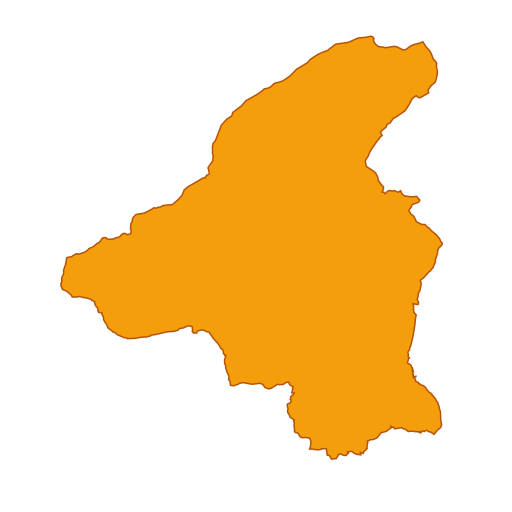 outline of Viseu De Jos, Maramures, Romania, rotated 355°
{"feature_id": "2599482B83061776442061", "entity_name": "Viseu De Jos", "entity_type": "district", "adm_level": 2, "iso_a3": "ROU", "parent_name": "Romania", "parent_adm1": "Maramures", "projection": "natural_earth1", "projection_center": [24.351, 47.741], "detail": "fine", "context": "isolated", "style": "filled", "palette": "amber", "viewbox_px": 512, "rotation_deg": 355, "n_neighbors": 0, "source": "geoboundaries", "source_scale": "gbopen_adm2", "svg_char_len": 6075}
<svg xmlns="http://www.w3.org/2000/svg" viewBox="0 0 512 512"><g transform="rotate(355 256 256)"><path d="M417.9,449.1L421.5,445.4L424.9,443.0L426.2,440.5L425.7,435.4L426.2,427.3L425.5,424.7L425.1,421.1L424.3,419.3L424.5,418.1L423.1,416.2L422.2,413.5L421.5,412.9L420.2,410.7L419.5,410.4L419.3,409.2L418.4,408.5L418.1,407.7L416.6,406.9L413.7,402.7L413.5,401.7L411.6,400.0L408.5,398.3L408.2,397.7L407.1,397.5L406.9,396.6L406.4,395.9L404.3,394.9L404.1,393.1L403.2,391.2L402.4,390.7L404.6,390.2L404.8,389.8L402.9,389.8L402.2,389.3L402.3,388.0L401.9,387.7L402.3,387.6L401.9,386.8L402.2,385.6L401.7,383.8L402.6,384.5L402.0,380.9L401.3,380.2L401.2,379.1L400.4,377.8L397.5,375.7L399.2,371.2L399.9,371.0L398.8,369.4L399.3,367.3L398.9,365.5L399.1,364.6L400.9,362.7L400.9,361.5L402.4,358.6L405.2,350.3L408.2,338.7L409.6,331.3L410.4,329.0L410.2,328.1L409.4,327.5L408.4,325.6L408.3,321.3L408.8,319.8L408.1,317.2L413.1,318.5L414.0,316.6L412.7,313.3L414.0,310.3L414.3,307.8L416.3,304.7L417.8,299.6L418.2,297.0L417.8,296.2L417.9,295.2L417.4,294.5L421.1,292.3L427.0,286.8L428.4,286.0L431.5,282.7L434.0,277.8L434.6,274.9L437.0,269.4L437.5,266.4L438.2,264.9L438.8,264.0L442.0,261.4L442.7,259.9L442.4,258.8L441.5,258.0L440.4,254.9L437.9,251.0L432.6,245.8L430.7,243.1L428.3,241.3L427.3,239.4L423.6,238.9L419.2,236.0L418.5,235.3L418.2,233.8L416.6,230.1L413.4,227.1L413.1,225.6L412.2,224.2L412.3,223.8L415.0,220.6L416.0,218.4L422.5,216.6L423.9,215.2L423.8,214.0L422.6,212.9L421.4,210.8L420.8,210.6L415.5,210.6L409.2,209.0L408.0,208.1L406.7,206.5L405.8,203.6L403.0,204.9L399.4,202.8L397.5,203.2L394.2,202.3L391.7,203.7L390.8,204.9L390.2,205.0L389.6,204.9L389.1,203.8L387.3,203.3L388.8,200.3L389.0,198.1L387.9,197.1L385.0,192.5L384.4,190.6L384.1,187.8L382.4,183.7L377.8,179.5L374.2,176.9L373.6,175.6L373.1,171.2L373.7,169.8L376.3,166.5L378.7,162.0L380.7,159.2L387.0,151.7L389.2,149.7L389.7,148.5L392.2,147.0L390.7,143.6L392.0,142.3L397.1,138.7L397.6,136.9L398.8,136.0L401.2,135.1L404.7,131.0L407.5,129.8L416.6,124.6L418.1,123.2L421.5,118.8L425.3,112.9L429.5,110.2L431.1,112.0L433.2,112.7L442.3,108.5L441.9,106.1L442.2,105.2L445.0,101.9L449.9,98.2L452.4,91.0L452.8,87.9L452.2,83.1L452.8,80.1L452.1,78.3L449.7,75.0L448.3,70.0L447.0,66.8L443.6,62.5L440.9,57.1L437.7,58.2L431.2,59.2L428.5,60.2L423.9,63.0L422.0,63.7L420.3,63.4L414.7,60.0L412.2,59.2L402.9,59.8L401.2,59.1L396.6,58.2L393.6,55.6L391.8,52.2L392.1,51.2L391.8,50.8L392.5,49.8L391.7,48.1L389.9,47.1L384.0,47.7L376.8,47.7L366.8,51.2L353.8,51.9L345.2,57.4L336.4,60.0L327.7,64.5L324.1,67.9L312.8,73.4L305.5,79.7L298.3,83.7L295.4,84.6L289.3,85.6L285.2,88.9L282.5,89.8L278.6,90.3L276.7,91.9L271.6,94.9L259.4,100.5L254.5,105.2L245.5,110.9L244.0,114.4L238.7,117.2L232.8,122.8L225.8,137.2L223.0,140.3L222.2,142.9L221.6,150.6L222.2,152.8L221.8,153.6L221.1,157.5L216.1,163.5L216.0,165.1L216.8,169.5L216.4,170.3L213.8,171.4L211.8,173.6L209.5,173.9L194.3,181.1L190.2,183.9L188.1,188.2L187.0,189.7L183.7,192.8L177.1,197.5L168.0,197.6L165.0,198.8L162.1,199.0L161.3,199.5L159.8,199.6L158.9,199.0L158.3,199.1L155.4,200.7L148.5,203.5L140.1,204.2L137.0,206.8L135.8,209.4L135.5,211.4L134.2,212.7L133.3,218.2L133.9,220.0L133.0,222.9L129.8,223.6L127.9,222.3L125.8,221.9L123.3,223.5L121.7,225.1L117.5,225.7L115.8,226.6L111.1,226.6L109.7,226.3L108.2,224.8L107.2,224.4L104.7,224.6L101.0,228.9L99.2,229.4L94.3,232.8L90.2,234.0L88.6,235.7L85.9,237.2L79.9,238.7L77.1,238.1L73.8,239.6L72.2,240.7L68.8,240.8L67.1,241.4L67.2,241.7L65.6,247.8L63.1,253.2L63.0,255.7L62.4,257.8L61.3,259.2L60.4,261.4L60.3,264.8L59.2,266.6L59.2,269.1L60.2,272.1L61.0,272.9L63.7,274.1L65.2,275.4L68.3,278.6L69.4,280.8L75.2,281.3L75.6,280.9L77.1,280.9L80.2,282.3L83.1,282.8L87.4,284.6L88.5,285.3L88.7,286.1L89.4,286.1L91.3,287.5L91.1,288.5L91.5,290.7L92.3,291.9L92.4,292.5L93.5,293.6L93.7,294.2L93.9,297.9L94.6,298.5L97.5,299.3L97.4,300.3L98.6,303.6L98.7,306.3L100.1,309.5L101.2,311.0L102.3,314.8L105.8,317.8L106.6,319.1L108.4,319.7L111.1,322.4L118.1,326.1L120.0,326.3L120.7,327.1L127.9,327.5L134.8,326.9L139.8,327.1L144.0,326.4L145.2,325.6L148.1,325.6L160.6,323.8L167.3,323.9L171.6,323.3L173.4,321.6L177.1,321.4L182.1,319.7L185.2,320.3L186.2,320.9L186.4,324.1L185.9,325.4L186.8,326.2L186.6,326.9L186.8,327.2L190.3,327.5L190.7,326.1L191.3,325.6L195.8,324.9L198.1,325.7L200.1,327.2L201.7,327.3L202.6,327.9L206.1,334.1L211.1,340.8L213.0,345.2L214.4,346.2L215.1,347.3L215.0,349.5L215.2,350.7L216.2,351.3L216.2,352.2L217.2,352.5L215.6,356.9L215.4,360.2L216.2,362.7L216.0,364.9L216.6,366.6L216.9,368.9L218.5,373.2L218.5,374.4L217.9,376.3L218.4,377.5L219.2,378.5L219.3,382.6L222.3,383.3L226.9,382.3L228.3,381.5L231.9,381.0L240.9,383.4L248.4,383.2L251.3,384.2L253.6,387.9L257.2,389.5L259.5,389.1L266.5,385.6L267.7,386.2L271.9,386.3L275.2,384.5L277.6,384.5L278.1,386.7L279.0,387.8L281.5,389.4L280.9,390.7L280.8,392.4L279.7,395.4L282.0,395.9L280.9,397.4L278.5,399.0L277.7,401.7L278.4,402.3L277.7,404.9L277.1,405.5L274.9,405.9L274.2,406.6L274.1,408.7L274.6,410.6L273.9,413.4L274.1,414.9L275.3,417.2L276.0,419.7L279.9,422.6L279.0,424.0L279.6,425.4L279.1,428.4L279.3,430.2L279.0,434.4L280.5,435.5L282.2,435.9L284.0,439.5L285.0,440.4L286.1,441.0L290.5,441.2L293.7,442.4L294.6,445.9L293.5,451.0L292.6,453.1L295.8,453.2L297.8,454.1L299.4,454.1L301.0,454.6L304.5,454.1L304.7,453.6L309.4,454.2L309.5,460.2L309.8,460.8L311.8,461.1L313.4,464.9L318.3,464.8L320.9,461.2L321.7,460.7L323.3,460.7L324.6,461.6L327.0,462.5L328.3,462.5L329.3,461.9L329.8,460.8L330.8,460.6L330.3,459.0L334.7,459.1L336.7,461.2L339.4,462.4L343.1,463.2L342.8,460.7L345.5,462.1L346.6,460.1L349.2,458.3L349.2,457.6L350.0,457.2L349.8,456.8L350.2,454.2L351.1,451.6L350.8,450.1L352.6,449.8L353.5,449.0L356.6,449.1L360.1,448.0L361.5,447.0L365.1,443.0L370.6,442.0L375.6,439.0L375.4,437.4L376.9,438.5L378.0,438.4L379.1,440.3L386.2,439.7L387.8,441.1L389.5,441.4L391.5,443.4L393.0,444.2L395.7,444.0L400.0,445.0L402.8,445.2L403.8,445.5L403.4,446.0L404.5,446.5L404.9,446.5L406.2,444.9L408.0,445.0L408.3,445.5L410.9,444.5L411.8,445.1L412.4,445.9L415.3,446.9L416.1,448.0L416.6,448.0L417.9,449.1Z" fill="#f59e0b" stroke="#b45309" stroke-width="1.5"/></g></svg>